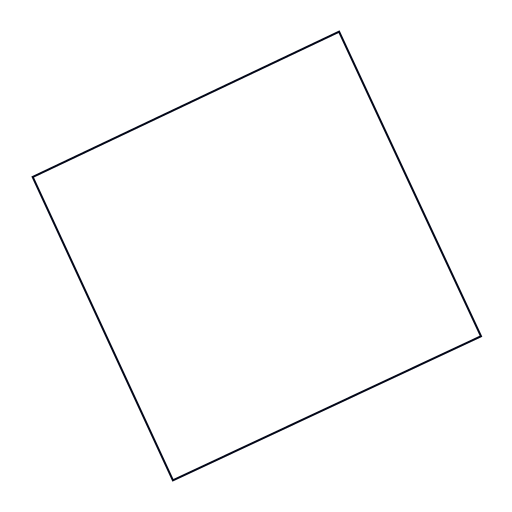 the district of Throckmorton, Texas, United States of America, rotated 245°
{"feature_id": "52423323B71191132614173", "entity_name": "Throckmorton", "entity_type": "district", "adm_level": 2, "iso_a3": "USA", "parent_name": "United States of America", "parent_adm1": "Texas", "projection": "robinson", "projection_center": [-99.173, 33.178], "detail": "fine", "context": "isolated", "style": "outline", "palette": "ink", "viewbox_px": 512, "rotation_deg": 245, "n_neighbors": 0, "source": "geoboundaries", "source_scale": "gbopen_adm2", "svg_char_len": 234}
<svg xmlns="http://www.w3.org/2000/svg" viewBox="0 0 512 512"><g transform="rotate(245 256 256)"><path d="M330.5,426.0L424.2,426.1L422.0,87.0L87.8,85.9L88.2,426.0L330.5,426.0Z" fill="none" stroke="#020617" stroke-width="2"/></g></svg>